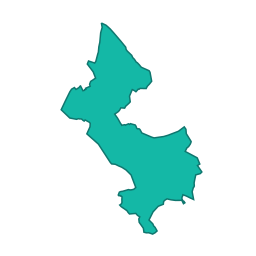 the district of Albasu, Kano, Nigeria, rotated 237°
{"feature_id": "59680162B46612932493253", "entity_name": "Albasu", "entity_type": "district", "adm_level": 2, "iso_a3": "NGA", "parent_name": "Nigeria", "parent_adm1": "Kano", "projection": "orthographic", "projection_center": [9.092, 11.645], "detail": "fine", "context": "isolated", "style": "filled", "palette": "teal", "viewbox_px": 256, "rotation_deg": 237, "n_neighbors": 0, "source": "geoboundaries", "source_scale": "gbopen_adm2", "svg_char_len": 2977}
<svg xmlns="http://www.w3.org/2000/svg" viewBox="0 0 256 256"><g transform="rotate(237 128 128)"><path d="M230.6,162.9L226.4,161.1L222.7,156.9L215.3,151.1L211.9,147.7L209.6,145.9L209.0,145.4L207.8,144.5L206.6,143.0L201.4,137.3L200.6,135.4L201.2,135.0L205.7,131.4L203.8,128.7L194.1,129.4L187.5,128.0L187.4,122.0L185.6,119.6L183.6,119.0L184.4,114.1L183.5,113.9L183.8,112.6L183.3,112.1L183.8,110.5L185.2,110.7L188.3,111.0L189.1,111.1L189.2,110.7L188.6,108.9L188.6,108.4L188.7,105.4L191.1,105.1L191.3,101.8L190.0,98.9L185.0,90.5L179.7,81.9L171.2,83.9L168.1,84.6L163.3,89.6L162.9,91.4L162.6,91.7L162.4,92.0L162.2,92.2L162.0,92.3L161.9,92.4L161.4,93.2L161.1,93.6L160.5,94.1L160.0,94.2L159.0,94.4L157.7,95.0L157.9,95.5L158.1,96.4L155.7,97.7L153.9,98.7L153.2,98.8L152.4,98.8L149.7,96.8L145.5,90.3L130.6,94.4L108.7,94.4L106.8,94.7L104.5,97.6L101.3,99.5L98.5,101.4L93.9,103.5L86.9,105.0L73.8,102.1L73.6,100.0L73.5,99.8L73.4,99.5L73.6,98.9L73.9,98.3L74.2,97.4L74.5,96.8L74.7,96.4L75.1,95.8L75.4,95.5L75.5,95.4L75.8,95.2L76.1,94.8L77.9,88.9L78.6,87.5L78.8,86.5L78.9,85.8L78.6,85.4L77.1,83.3L76.2,83.4L76.0,83.7L75.9,84.1L75.6,84.4L75.2,84.5L75.3,85.0L74.2,85.3L73.6,85.5L72.7,84.9L71.5,84.0L68.7,82.3L67.9,80.8L67.9,79.1L65.9,79.4L64.4,80.0L59.2,82.1L57.1,82.1L55.1,82.4L53.4,85.6L52.1,88.0L49.5,88.4L47.1,89.5L45.8,87.5L42.8,86.0L35.6,86.3L31.9,84.6L30.1,86.3L28.8,88.4L25.6,90.9L25.4,94.1L25.7,95.2L25.7,95.4L25.8,95.7L25.8,96.3L26.6,96.4L30.1,96.6L31.7,96.2L34.2,96.6L39.4,95.5L44.0,103.3L45.9,110.7L44.8,116.1L47.0,117.9L47.4,120.1L47.3,122.1L44.4,124.9L41.4,128.4L38.0,133.8L37.4,134.1L36.7,134.0L36.8,133.6L34.3,133.3L34.3,135.0L36.0,135.0L36.8,134.5L37.4,134.5L38.3,134.5L38.9,134.6L39.2,134.7L39.6,134.9L40.0,135.2L40.4,135.5L40.7,135.9L41.3,136.9L42.1,137.7L39.6,139.6L38.0,140.6L35.9,141.8L32.3,144.1L39.6,147.1L42.4,150.3L42.5,150.9L43.2,152.0L45.9,153.5L48.4,155.9L51.8,159.3L50.4,163.7L50.4,163.9L50.9,166.0L51.0,166.0L58.7,165.8L58.7,166.0L58.7,168.6L58.9,168.6L65.2,169.8L77.2,163.2L79.2,166.5L79.4,168.7L80.5,171.3L81.5,172.8L82.3,173.6L91.5,173.8L95.4,175.9L98.3,175.8L97.8,168.5L100.1,157.7L101.4,153.3L105.5,144.5L107.4,142.9L116.3,136.9L120.1,137.2L121.0,137.0L121.4,136.7L121.7,136.2L121.9,135.8L122.2,135.5L122.6,135.3L123.0,135.2L125.3,135.7L126.6,135.7L130.4,132.3L130.2,131.2L131.3,130.6L131.5,129.1L131.8,128.1L131.8,127.4L132.5,127.1L132.9,126.2L133.3,125.2L133.6,124.2L134.5,124.4L135.6,124.2L137.3,124.3L139.8,124.5L142.1,124.6L146.9,124.4L147.0,128.5L147.4,130.3L148.8,133.0L146.5,136.0L147.6,138.1L147.6,138.5L148.2,142.2L148.7,144.1L153.9,146.6L157.9,152.5L156.1,153.6L154.1,154.4L155.0,157.8L154.5,158.4L154.6,159.7L151.2,164.7L152.5,167.0L153.2,170.0L154.3,173.3L162.7,176.8L164.5,176.9L171.6,172.3L172.7,172.1L174.8,171.9L177.5,171.4L178.9,170.8L182.1,170.8L184.5,170.3L186.9,170.7L192.9,169.3L194.9,169.2L197.0,170.1L204.3,169.3L215.7,167.8L220.8,167.0L226.1,165.6L230.5,162.9L230.6,162.9Z" fill="#14b8a6" stroke="#0f766e" stroke-width="1.5"/></g></svg>